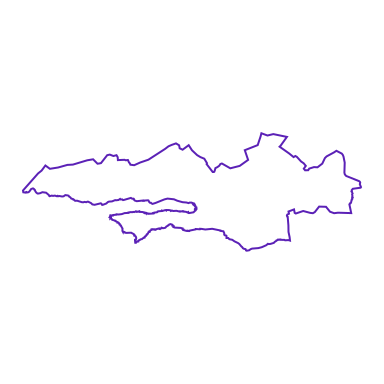 Eid nor, Sogn og Fjordane, Norway (orthographic projection)
{"feature_id": "86288312B38432559775747", "entity_name": "Eid nor", "entity_type": "district", "adm_level": 2, "iso_a3": "NOR", "parent_name": "Norway", "parent_adm1": "Sogn og Fjordane", "projection": "orthographic", "projection_center": [5.985, 61.929], "detail": "fine", "context": "isolated", "style": "outline", "palette": "violet", "viewbox_px": 384, "rotation_deg": 0, "n_neighbors": 0, "source": "geoboundaries", "source_scale": "gbopen_adm2", "svg_char_len": 6062}
<svg xmlns="http://www.w3.org/2000/svg" viewBox="0 0 384 384"><path d="M109.8,154.6L107.2,155.2L101.0,163.1L99.1,163.5L97.5,163.7L93.1,159.3L87.2,160.3L72.9,164.6L67.4,164.9L58.1,167.5L49.9,168.8L45.4,165.5L41.6,170.6L38.1,173.4L23.0,190.5L23.3,192.3L25.4,192.6L25.5,192.3L26.4,192.0L26.8,192.5L28.2,192.3L29.2,191.7L31.2,189.0L33.0,188.4L34.2,189.2L34.4,189.8L34.9,190.0L35.3,191.2L36.2,192.5L37.3,193.4L37.9,193.6L40.1,193.2L42.4,192.2L46.1,192.7L48.9,195.1L49.2,195.9L49.6,196.2L51.8,195.6L53.0,195.9L54.9,195.6L56.7,196.2L57.7,195.8L57.9,196.0L57.5,196.1L57.9,196.3L59.4,196.0L62.1,196.5L63.6,196.3L65.3,195.1L67.5,195.4L68.6,195.7L69.1,196.6L70.3,197.3L71.3,198.6L72.9,199.0L73.3,199.6L73.7,199.5L75.1,200.8L77.1,200.7L81.9,202.2L83.3,202.3L84.4,201.9L86.3,202.2L87.4,201.7L88.2,201.7L91.2,203.2L92.3,204.4L94.6,204.8L100.8,203.3L101.6,203.9L102.0,204.8L102.6,204.9L106.3,203.5L107.8,202.1L109.0,201.6L112.0,201.4L115.2,200.1L115.9,200.3L118.5,200.0L120.1,198.9L120.7,199.5L122.2,199.4L123.0,200.1L123.7,200.0L130.9,197.9L132.1,198.7L133.4,198.7L133.6,199.3L134.0,199.3L134.0,199.6L134.7,200.5L136.8,201.2L143.1,200.5L143.1,200.9L143.8,200.9L143.8,200.6L148.1,200.3L148.5,200.5L149.2,202.0L150.1,202.8L151.0,202.8L151.5,203.4L152.5,203.9L155.4,203.0L164.4,199.4L167.5,198.6L174.0,199.3L177.2,200.7L182.6,202.2L186.4,202.5L188.6,203.1L189.6,202.6L191.4,202.6L192.3,202.9L192.6,203.5L192.8,203.5L192.6,203.4L192.5,203.0L193.1,203.2L192.8,203.9L193.3,204.6L194.4,203.9L195.2,205.4L194.6,205.8L195.6,207.2L196.3,207.2L196.5,207.9L196.5,208.7L196.4,209.0L195.9,209.0L195.8,209.3L196.2,209.5L195.5,210.5L195.2,210.5L194.9,209.2L195.1,208.8L194.9,208.9L194.8,209.2L195.1,210.7L193.5,212.3L189.0,213.1L188.5,213.0L188.2,212.0L187.3,212.4L185.9,211.8L183.3,211.6L183.3,211.2L182.6,211.1L181.7,211.4L179.9,211.3L179.8,211.6L176.4,210.8L173.1,211.0L172.2,210.6L171.1,210.9L171.1,210.5L169.1,210.1L166.4,210.0L166.0,210.1L166.0,210.4L165.3,210.1L162.9,210.8L162.0,210.6L162.0,211.0L158.3,211.3L157.6,211.5L157.4,212.1L156.8,212.3L154.2,212.6L154.0,213.2L153.1,213.1L153.1,213.5L148.5,213.8L148.5,213.5L147.6,213.5L146.5,212.9L146.2,213.0L146.1,213.4L145.5,212.7L144.2,212.5L144.2,212.9L143.8,212.7L143.8,212.3L142.4,212.0L139.3,211.9L138.7,211.7L138.8,211.4L137.8,211.7L136.3,211.4L136.3,211.8L135.4,211.6L134.1,212.1L133.2,211.9L132.3,212.2L130.6,212.1L128.4,212.5L128.4,212.9L124.6,213.1L121.8,214.1L118.5,214.5L116.5,214.3L116.4,214.7L113.1,215.0L112.6,215.2L112.6,215.6L110.6,215.3L110.6,215.7L110.2,215.7L110.0,216.6L109.6,217.3L110.5,217.6L110.4,218.5L111.0,218.1L111.0,218.5L112.1,219.3L112.2,219.8L115.4,220.7L115.4,221.1L117.9,222.3L117.7,222.7L118.8,222.9L119.2,223.8L119.7,224.0L119.6,224.6L120.6,225.2L120.7,225.7L121.0,225.7L122.0,227.8L122.5,228.4L122.4,230.9L122.9,231.8L123.0,231.2L123.1,231.5L124.4,232.0L124.3,232.4L126.1,232.9L131.1,232.7L133.9,234.2L134.0,234.8L134.5,235.0L134.4,235.5L134.8,235.5L135.3,236.3L135.8,236.5L136.2,237.8L136.2,238.5L135.7,240.0L135.0,239.9L135.0,241.0L135.3,241.8L135.2,242.7L135.6,242.8L135.9,242.8L136.2,242.1L136.8,241.8L138.3,241.5L138.3,240.8L138.7,240.7L139.1,240.1L140.0,239.9L140.4,239.4L142.0,239.1L142.6,238.4L143.7,238.0L143.8,237.6L144.7,237.5L144.9,236.5L145.9,236.0L146.6,234.6L147.0,234.6L147.1,234.1L147.8,233.8L148.5,232.1L149.3,232.0L149.2,231.7L149.3,231.3L149.9,231.3L150.4,230.4L151.6,229.9L151.6,229.5L152.0,229.6L152.2,229.2L154.6,229.3L154.5,229.7L155.6,229.8L156.6,229.1L158.6,228.5L159.5,228.4L159.5,229.0L160.0,229.1L160.6,228.5L161.9,228.2L161.9,227.8L163.2,228.2L164.8,227.9L165.4,227.7L166.4,226.5L167.9,225.7L168.0,225.4L168.7,225.1L169.2,224.5L170.5,224.1L172.3,224.7L172.6,225.0L172.4,225.7L173.3,226.0L173.3,226.5L173.7,226.5L173.5,227.1L174.9,227.6L180.6,227.9L182.4,228.4L182.2,228.8L182.4,229.1L183.0,229.3L183.0,229.7L183.6,229.7L183.6,230.1L186.4,230.9L187.7,231.0L187.7,230.7L189.4,231.0L189.6,230.6L195.6,229.4L195.7,229.0L199.9,229.3L200.2,229.2L200.2,228.8L201.6,228.9L205.3,229.5L212.2,228.8L220.5,230.5L220.5,230.9L223.4,231.3L224.3,233.3L224.2,234.5L224.6,235.2L226.1,235.5L226.5,235.9L226.5,238.0L228.2,238.0L229.4,239.2L232.3,239.8L234.4,241.3L238.1,243.1L239.3,244.0L241.4,246.5L242.2,247.1L242.9,248.2L243.7,248.7L245.4,249.1L245.7,249.3L246.0,250.4L246.7,250.7L249.1,250.3L250.6,249.2L252.1,248.6L258.3,248.1L261.8,247.2L266.3,245.2L267.9,243.8L268.7,244.1L270.5,243.9L273.8,242.9L274.7,241.9L276.4,240.8L276.5,240.4L278.1,239.9L278.1,239.6L280.3,239.5L280.3,239.8L284.5,239.9L285.1,240.3L288.4,240.1L290.0,240.6L289.6,237.1L288.5,231.9L288.4,225.4L287.7,216.8L287.2,216.6L286.9,215.4L287.3,214.6L289.0,213.7L288.5,211.5L294.0,209.4L294.7,212.9L295.8,213.5L303.2,211.0L310.3,212.9L312.9,213.2L314.8,212.1L319.1,206.6L326.0,206.8L330.0,211.7L334.1,213.2L338.0,212.7L351.2,213.1L349.4,204.4L349.7,204.2L349.9,203.4L350.5,203.3L351.0,202.7L351.3,201.5L351.3,201.0L351.7,200.3L351.7,199.5L352.2,199.1L352.1,198.6L352.7,197.7L352.1,197.1L352.5,196.2L352.1,194.5L352.6,193.4L352.2,192.8L352.0,191.8L351.5,191.5L351.8,190.7L351.7,190.2L352.8,188.8L360.6,187.7L361.0,187.1L359.8,184.2L360.2,182.6L359.8,181.7L359.2,181.2L346.5,176.1L345.9,175.7L344.8,174.3L344.4,172.7L344.7,162.6L343.5,156.6L342.8,154.9L341.8,153.6L336.4,150.8L334.0,152.4L326.6,156.4L324.9,158.1L322.3,163.6L317.5,167.3L314.0,167.1L309.2,168.6L308.2,170.2L305.1,170.3L303.8,168.7L305.8,165.9L303.7,163.3L301.1,161.5L296.8,156.8L295.3,156.0L293.6,157.1L289.2,153.5L279.6,146.7L280.6,145.7L286.9,136.9L273.3,134.1L267.5,135.5L261.4,133.3L260.5,136.7L257.7,145.1L244.8,150.2L248.1,159.9L239.7,165.9L230.3,168.3L221.9,163.5L220.4,164.0L219.3,165.7L217.4,167.1L215.4,168.1L214.9,170.1L214.3,171.7L213.9,172.0L212.7,172.0L206.6,164.1L207.0,163.2L204.3,158.7L200.4,157.1L197.1,155.1L192.0,150.3L188.7,145.2L182.6,149.7L179.7,148.3L179.1,145.3L176.0,143.4L171.7,144.9L168.5,146.3L165.1,148.9L148.4,159.7L140.2,162.5L134.2,165.2L130.4,164.7L129.8,163.3L129.0,162.5L127.9,160.0L125.8,160.3L124.5,159.8L117.9,160.1L117.7,157.2L116.5,155.2L113.4,156.0L109.8,154.6Z" fill="none" stroke="#5b21b6" stroke-width="2"/></svg>